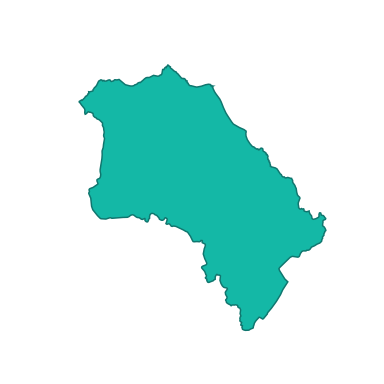 outline of Ko Kha, Lampang, Thailand, rotated 322°
{"feature_id": "78962969B17989923372642", "entity_name": "Ko Kha", "entity_type": "district", "adm_level": 2, "iso_a3": "THA", "parent_name": "Thailand", "parent_adm1": "Lampang", "projection": "robinson", "projection_center": [99.355, 18.138], "detail": "fine", "context": "isolated", "style": "filled", "palette": "teal", "viewbox_px": 384, "rotation_deg": 322, "n_neighbors": 0, "source": "geoboundaries", "source_scale": "gbopen_adm2", "svg_char_len": 6043}
<svg xmlns="http://www.w3.org/2000/svg" viewBox="0 0 384 384"><g transform="rotate(322 192 192)"><path d="M102.9,144.9L103.0,152.5L103.4,155.9L103.8,157.0L107.5,160.3L111.4,161.7L112.0,162.2L112.7,163.4L121.9,169.5L125.6,172.2L127.2,172.6L129.3,172.6L130.5,173.0L131.2,173.4L131.9,174.4L132.5,176.8L133.1,178.3L134.7,179.9L135.3,182.2L136.1,183.1L138.5,183.8L138.5,184.1L137.4,185.6L137.6,187.0L138.1,187.9L138.7,188.2L140.0,187.7L140.9,186.9L142.4,186.6L143.5,185.1L145.2,183.9L146.7,183.9L147.7,184.5L148.6,185.7L148.9,187.3L149.8,188.6L150.0,192.0L149.6,193.4L150.2,194.8L150.8,195.7L151.5,196.2L152.8,196.4L154.8,195.8L155.3,196.0L155.6,196.7L155.8,198.0L155.6,198.4L152.0,200.9L152.4,202.0L154.1,202.7L154.4,203.1L154.7,203.7L154.6,206.0L154.8,206.4L155.2,206.9L156.7,207.6L158.2,209.3L161.9,216.7L162.8,219.1L163.7,220.6L163.8,221.1L163.5,225.9L162.4,231.0L162.4,231.8L163.0,232.5L165.4,234.1L167.1,235.7L168.0,236.0L169.2,235.7L170.1,236.5L170.1,236.9L169.2,237.6L168.9,238.3L170.2,240.9L170.0,241.9L168.8,243.0L166.8,244.2L162.7,247.8L161.0,252.4L160.0,256.7L159.4,257.7L158.8,258.0L158.1,258.0L154.7,257.0L153.7,257.0L153.2,257.3L152.9,258.0L153.1,262.0L152.8,263.6L152.1,265.4L152.1,266.5L151.0,267.6L149.8,267.8L149.6,268.3L150.0,269.9L149.3,270.7L148.9,272.1L149.0,273.0L149.6,273.6L154.1,275.0L155.0,274.8L156.5,275.1L158.1,273.1L159.7,272.4L160.8,272.2L161.0,272.4L161.1,273.2L162.6,274.5L162.8,275.6L159.6,278.9L158.5,282.0L158.1,284.7L158.3,286.4L158.7,287.2L160.2,288.9L160.4,289.5L160.2,290.2L156.5,291.5L155.4,293.4L155.0,296.2L154.6,296.8L153.5,297.5L152.2,297.7L151.9,298.0L151.7,299.2L151.2,300.1L151.2,300.9L151.7,302.5L152.7,304.5L152.8,305.7L154.1,305.8L154.6,306.1L155.8,307.2L156.8,307.6L157.9,309.0L158.0,309.9L157.4,310.7L157.4,311.1L157.6,312.0L158.1,312.5L158.2,313.0L157.7,314.9L155.0,317.5L154.2,319.8L153.0,320.2L151.9,321.1L151.2,322.3L150.5,322.9L150.3,323.6L150.8,325.3L148.6,326.8L148.6,327.3L149.3,328.0L149.4,328.4L148.1,329.3L147.3,331.3L147.9,332.6L148.9,333.9L151.8,335.9L153.5,336.0L156.2,336.8L156.6,336.7L158.3,335.2L159.1,334.9L159.6,334.3L160.8,333.6L163.2,332.8L167.8,332.0L168.2,332.4L169.5,335.6L170.3,335.8L176.2,334.5L177.2,333.7L183.0,332.5L191.0,330.2L198.5,327.4L203.3,324.9L212.2,321.8L211.6,317.6L212.6,307.9L213.2,306.0L214.6,305.5L229.0,303.9L231.0,304.3L231.6,304.6L235.2,308.4L236.0,308.8L237.1,308.7L239.6,307.2L242.1,306.5L243.6,307.0L245.5,308.6L246.4,308.5L248.3,309.7L249.6,309.8L252.2,309.0L255.5,309.8L258.5,310.1L261.3,310.9L263.4,310.7L264.2,310.4L264.8,309.5L266.3,309.0L267.2,307.7L269.2,307.4L270.3,306.0L271.4,305.7L272.3,304.9L273.7,304.8L274.2,303.8L274.6,301.7L274.6,300.6L274.2,299.3L274.2,298.9L275.7,297.2L276.5,296.6L277.2,295.5L278.3,295.2L280.2,295.7L280.9,295.4L281.1,295.0L280.9,293.8L281.1,293.0L281.0,291.5L279.7,289.9L280.5,287.8L280.0,287.1L279.5,287.0L278.3,287.8L277.1,289.4L276.2,289.8L273.2,289.3L270.9,288.3L270.5,287.7L270.3,286.8L271.5,284.4L271.5,281.7L272.1,279.8L272.6,279.1L270.2,278.2L268.9,276.5L268.7,275.8L269.5,274.6L269.6,274.0L268.4,273.4L268.2,272.5L267.0,272.3L266.5,271.6L266.4,270.9L266.6,269.5L267.1,269.1L268.2,267.0L268.8,266.3L269.3,265.8L273.3,263.3L273.6,262.3L273.3,260.9L273.3,259.2L274.4,256.6L276.3,253.3L276.6,251.7L277.1,250.2L277.3,246.4L278.5,244.7L278.6,243.4L278.9,242.6L277.9,241.6L276.5,239.5L275.2,239.0L274.1,238.3L274.0,236.9L273.1,236.3L272.8,235.5L272.7,234.6L273.1,233.3L272.7,232.1L273.2,226.1L272.5,224.3L269.9,220.9L269.9,220.1L269.7,219.7L270.3,219.3L271.2,216.8L271.6,216.5L271.3,215.6L272.1,214.5L271.9,213.0L272.3,212.7L272.7,211.6L273.9,210.6L274.2,209.2L273.8,208.7L274.1,208.5L273.9,208.1L274.1,207.9L273.9,207.4L274.3,206.9L274.0,206.1L274.0,205.3L273.3,203.9L273.5,202.8L274.3,201.8L274.2,201.1L274.0,200.4L273.2,199.9L272.6,199.8L271.3,200.2L270.3,199.6L270.5,198.5L269.4,198.1L269.1,197.0L268.7,196.5L268.8,195.7L268.5,195.1L268.5,194.5L267.8,193.8L267.6,193.3L267.4,189.5L267.8,184.9L269.0,181.2L270.2,179.4L270.9,178.5L271.5,178.2L272.1,177.3L271.4,174.8L269.0,170.3L266.4,163.9L266.4,161.2L267.0,153.9L267.4,150.4L268.7,144.9L270.5,138.8L271.1,135.8L271.3,128.9L271.5,126.8L272.4,122.9L273.0,122.2L272.6,121.4L272.9,121.1L273.6,121.3L273.2,120.9L273.1,120.2L272.8,120.0L272.7,119.6L272.4,119.7L272.5,118.4L271.3,117.2L268.6,115.8L264.5,114.4L260.6,112.4L259.9,111.8L256.7,107.7L255.9,107.0L255.5,105.4L255.9,103.7L255.5,102.8L256.5,101.4L255.6,100.5L256.1,99.4L255.9,98.3L255.7,97.8L255.1,97.6L254.9,96.9L254.1,96.5L253.8,95.5L253.6,90.1L253.2,88.6L253.4,87.6L253.3,87.2L252.8,86.8L252.4,85.6L251.9,82.7L251.4,81.1L251.4,80.6L252.0,80.1L251.5,78.8L251.5,77.9L251.2,77.1L249.6,77.6L249.1,77.4L248.4,78.1L247.9,77.4L247.2,77.4L245.2,78.2L245.0,77.8L244.3,77.4L241.1,80.3L239.8,80.7L239.1,80.3L237.3,80.2L236.3,79.7L233.5,76.4L228.9,75.5L227.2,74.2L226.2,73.7L224.2,73.6L222.1,73.8L218.5,73.9L218.0,73.2L216.0,72.8L214.9,73.1L212.7,72.3L211.8,72.4L210.1,71.7L208.5,70.3L205.5,66.4L203.8,58.4L201.8,57.5L201.0,56.6L200.0,55.9L198.7,56.1L196.5,55.3L196.3,55.0L196.3,53.1L195.0,52.3L192.6,51.7L191.2,50.5L191.3,49.8L189.9,49.4L189.9,48.2L188.8,47.3L187.9,47.5L187.2,47.2L186.6,47.2L182.4,49.3L180.5,49.7L179.3,49.7L178.3,50.2L177.1,50.4L176.5,51.1L175.9,51.3L172.7,49.9L172.3,49.4L171.5,50.7L170.7,50.5L169.9,51.1L168.1,51.4L167.0,51.1L165.4,51.7L162.1,52.1L161.7,52.1L161.6,51.5L158.9,51.2L158.4,52.1L158.7,52.9L158.5,55.3L158.6,60.1L158.0,61.6L156.2,63.6L155.7,65.0L156.3,65.2L159.7,64.9L160.5,66.2L161.1,66.6L162.3,68.9L162.3,69.2L161.2,71.2L161.3,72.7L161.6,73.7L162.1,74.4L162.1,75.8L163.4,78.0L164.0,82.3L163.7,82.9L162.4,84.4L161.9,86.9L160.8,88.6L160.1,90.1L159.2,91.3L157.6,92.6L156.9,93.4L156.1,95.8L155.7,96.3L151.7,99.9L149.4,102.3L146.4,104.3L144.2,107.3L141.6,110.2L133.4,117.8L132.2,119.4L130.9,122.0L129.4,123.5L128.6,124.0L127.5,124.3L125.5,123.8L124.6,123.9L123.9,124.8L123.1,127.4L122.6,127.8L116.9,127.5L113.7,126.5L113.0,126.5L112.2,126.9L111.4,128.6L110.1,129.2L109.7,129.7L108.4,134.6L104.1,141.4L102.9,144.9Z" fill="#14b8a6" stroke="#0f766e" stroke-width="1.5"/></g></svg>